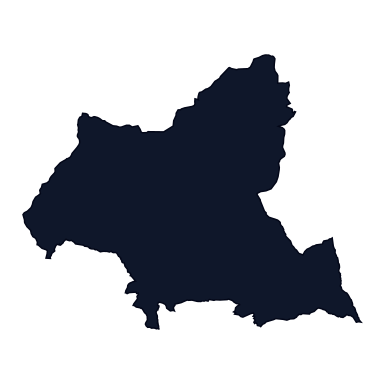 Bicazu Ardelean, Harghita, Romania
{"feature_id": "2599482B37807785334683", "entity_name": "Bicazu Ardelean", "entity_type": "district", "adm_level": 2, "iso_a3": "ROU", "parent_name": "Romania", "parent_adm1": "Harghita", "projection": "mercator", "projection_center": [25.893, 46.894], "detail": "fine", "context": "isolated", "style": "filled", "palette": "ink", "viewbox_px": 384, "rotation_deg": 0, "n_neighbors": 0, "source": "geoboundaries", "source_scale": "gbopen_adm2", "svg_char_len": 5985}
<svg xmlns="http://www.w3.org/2000/svg" viewBox="0 0 384 384"><path d="M361.0,322.1L359.4,320.2L358.8,319.0L358.8,318.1L357.9,317.2L357.3,314.7L355.7,311.6L355.5,310.6L355.2,310.5L355.3,309.6L354.7,308.0L352.1,305.3L352.6,304.5L352.4,303.2L351.2,299.8L350.4,299.1L348.3,295.2L346.8,293.1L344.9,292.3L341.8,289.7L341.2,287.1L340.2,286.0L341.0,283.5L340.7,281.8L341.1,280.9L340.7,279.8L340.7,278.2L340.2,277.0L340.5,275.4L340.1,274.7L340.4,273.9L339.1,272.3L338.6,270.7L339.5,267.3L339.3,265.0L338.8,263.5L338.3,263.1L338.1,260.5L337.5,257.7L336.6,257.0L336.3,255.6L335.0,252.9L335.2,250.0L334.2,248.7L333.3,246.2L332.2,238.0L331.0,238.8L329.4,239.0L328.4,240.1L323.8,241.0L322.9,242.5L322.8,243.6L322.3,244.1L316.2,244.9L314.5,245.8L312.8,246.1L309.8,248.0L307.1,249.2L304.8,251.5L303.0,254.9L298.8,253.4L296.5,250.1L295.0,249.0L293.5,246.8L292.0,245.4L290.5,241.1L286.0,236.5L285.5,235.5L285.7,234.3L284.3,232.5L284.4,232.2L283.6,230.9L283.7,229.6L282.3,226.6L281.5,226.1L280.3,224.2L280.3,222.9L279.7,221.8L277.6,220.1L268.9,217.2L266.1,214.5L266.1,212.8L264.5,211.3L260.4,201.1L260.2,199.8L257.2,194.8L257.0,193.5L260.6,191.6L266.0,190.8L271.1,188.8L276.3,181.8L278.0,176.8L279.1,170.0L279.3,167.5L278.5,162.8L279.4,161.6L279.7,160.2L281.0,158.6L284.3,156.3L285.0,154.4L284.9,152.9L282.5,147.5L282.6,145.8L283.4,143.1L283.7,137.6L284.6,134.1L284.7,130.5L284.1,129.2L282.3,127.7L278.4,126.3L280.8,125.3L284.8,124.4L287.0,122.7L288.7,120.1L289.9,119.2L291.3,117.3L293.1,116.4L295.5,111.9L294.4,111.5L293.5,112.5L292.6,112.6L292.3,112.0L292.4,109.9L292.0,109.1L286.6,106.8L286.8,105.2L290.2,103.4L286.9,98.7L286.8,97.8L287.2,95.8L289.2,92.5L288.6,91.1L288.6,88.3L289.3,85.2L288.7,82.5L288.6,82.1L285.6,83.4L282.7,83.0L277.7,83.2L277.8,75.6L277.1,74.0L275.0,71.2L274.1,67.5L274.3,63.9L274.9,58.8L273.7,56.9L272.7,56.2L271.2,56.3L268.8,55.1L265.2,55.0L262.5,55.7L259.0,57.5L254.2,59.0L253.8,59.3L253.2,61.5L250.4,67.1L248.0,68.7L238.6,69.1L236.6,69.7L231.4,68.6L229.6,67.6L228.8,67.8L220.6,76.4L219.6,78.4L214.9,81.4L211.0,86.6L208.0,88.6L205.7,89.2L201.9,91.9L199.5,92.5L198.9,93.7L198.2,96.4L198.0,98.2L198.4,99.7L195.0,98.8L194.8,101.8L195.0,103.7L194.3,105.5L192.0,106.5L184.6,107.9L181.3,109.0L180.6,109.8L178.1,109.9L176.2,113.2L176.1,115.4L173.7,120.7L173.2,126.0L163.7,131.9L148.0,131.7L146.9,132.6L142.3,132.8L141.2,132.1L140.1,129.3L137.9,125.8L132.2,127.0L129.4,125.3L126.4,125.3L121.3,127.1L119.4,127.2L116.7,126.2L112.9,125.8L105.8,122.0L104.7,120.8L102.4,120.7L99.7,118.6L97.5,117.5L95.0,116.8L94.0,116.7L91.5,117.7L89.7,117.3L88.4,116.4L87.9,114.7L87.2,114.2L85.8,113.6L82.6,113.3L81.9,116.4L79.8,117.3L78.4,119.9L78.0,123.8L77.7,124.7L78.5,127.8L78.2,130.0L78.6,132.0L77.5,134.9L77.4,136.2L78.1,137.6L79.0,138.5L79.6,140.5L79.7,142.6L79.1,144.5L76.9,147.7L72.1,153.4L71.4,155.3L70.2,157.2L67.8,158.6L66.8,158.7L65.9,159.6L60.3,162.8L55.0,168.5L55.2,171.5L54.5,173.0L51.3,176.4L50.0,178.4L49.1,181.2L46.8,183.0L42.3,184.3L41.5,187.6L40.1,189.5L39.8,190.4L40.4,193.6L38.5,195.3L35.6,197.2L33.1,201.5L32.4,204.6L31.1,207.6L27.4,211.2L24.3,212.8L23.0,214.6L24.5,219.9L24.6,222.2L24.9,223.1L27.0,226.7L30.6,230.3L31.3,233.7L32.9,236.6L35.7,238.3L37.4,242.0L37.1,244.7L38.4,245.1L42.0,248.3L46.3,249.8L47.4,250.7L47.1,253.9L46.0,258.1L50.4,258.4L50.1,257.1L51.1,255.6L51.9,253.3L54.7,251.0L54.3,249.1L55.8,245.7L57.0,244.3L59.1,244.9L59.5,244.3L59.7,245.0L60.5,245.1L63.2,242.7L63.4,241.8L66.0,239.3L66.3,239.7L69.4,240.7L71.5,240.4L74.2,242.3L75.5,243.9L83.5,245.2L84.6,246.2L87.4,246.5L89.8,247.8L89.6,248.2L91.1,248.8L94.2,249.0L95.2,249.8L96.5,249.6L100.3,251.8L103.1,251.3L107.0,251.4L109.5,252.0L111.3,251.2L112.2,252.2L113.4,252.6L115.5,252.5L116.8,253.1L118.6,256.3L119.3,256.6L120.8,258.2L120.6,258.7L121.8,260.7L121.9,261.9L122.6,262.6L124.2,263.0L125.1,266.4L127.4,269.2L127.7,271.9L128.3,271.7L128.8,272.4L129.5,272.7L130.5,273.7L130.9,274.5L130.2,275.3L130.3,275.7L131.0,275.7L135.6,281.1L133.1,281.7L129.7,283.2L128.6,284.1L127.8,285.4L127.5,287.6L125.9,290.6L125.4,292.8L126.2,292.9L127.1,293.6L129.3,292.6L136.1,292.1L136.6,293.4L136.9,293.6L138.2,293.1L138.4,294.4L137.0,296.4L137.5,298.9L133.8,303.9L133.2,305.4L134.2,305.5L136.2,307.0L140.1,307.8L141.1,308.4L141.6,308.2L142.5,309.1L144.6,312.7L146.0,313.8L147.2,316.1L147.4,320.1L145.8,322.8L145.4,324.1L146.2,325.9L147.7,327.3L149.9,327.2L151.4,328.1L154.2,328.0L156.5,328.8L157.4,328.5L158.8,329.0L158.9,328.5L158.6,327.7L158.6,326.0L157.7,324.0L158.1,324.2L157.7,321.7L157.7,319.8L157.1,318.2L157.4,317.2L157.2,315.5L156.5,314.1L156.0,312.0L157.1,310.1L157.9,309.9L158.0,308.9L158.9,306.9L158.9,305.9L157.6,305.4L158.0,303.1L158.6,302.4L160.0,302.3L162.6,303.0L165.3,304.4L166.3,306.2L166.7,308.2L170.3,310.9L173.2,310.4L174.4,310.9L173.5,308.5L173.5,307.5L173.8,306.6L174.9,305.3L175.0,304.1L181.0,302.7L187.2,300.0L188.3,300.3L192.0,300.1L197.3,301.4L200.9,301.5L202.0,300.9L204.2,301.1L205.5,300.5L208.1,301.1L208.8,299.8L209.3,299.5L213.9,300.3L215.8,299.8L220.0,300.0L227.3,299.6L228.4,299.1L229.0,299.2L232.5,300.6L234.0,302.1L236.3,303.5L238.8,304.0L239.6,304.5L239.5,305.0L237.4,306.0L235.6,307.8L235.1,310.8L233.6,311.9L235.6,312.7L234.6,314.1L238.9,314.8L241.0,316.6L242.9,317.1L250.5,313.7L253.2,313.0L254.3,314.7L253.1,316.3L254.6,316.7L254.3,318.0L253.7,318.4L254.8,319.5L255.1,320.8L254.4,321.1L253.9,322.4L254.7,323.5L255.7,322.7L256.6,323.5L257.1,324.0L257.4,325.5L259.9,326.0L260.7,326.6L262.6,324.3L264.7,323.3L266.2,321.8L273.6,319.6L275.8,318.6L283.0,319.3L286.9,320.1L290.3,318.9L293.9,318.7L296.5,317.1L296.8,316.4L298.0,315.4L298.6,314.4L301.0,314.5L302.5,313.6L303.2,313.6L309.5,314.0L310.3,312.8L314.2,311.4L317.0,308.7L318.7,307.9L322.4,309.0L323.2,309.6L324.1,309.6L326.1,310.6L326.9,311.8L327.9,312.1L328.5,313.3L330.5,313.7L331.0,313.4L332.9,314.3L334.2,314.3L336.8,316.1L338.3,316.8L339.4,316.1L340.5,317.0L343.0,317.4L345.6,315.7L346.7,314.5L348.5,315.4L350.6,315.5L353.2,317.2L356.3,322.2L358.7,321.7L361.0,322.1Z" fill="#0f172a" stroke="#020617" stroke-width="1.5"/></svg>